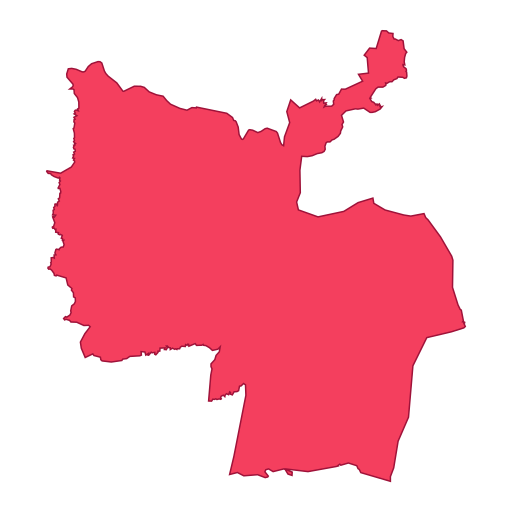 the district of Eduardo Neri, Guerrero, Mexico
{"feature_id": "50627088B91024651909161", "entity_name": "Eduardo Neri", "entity_type": "district", "adm_level": 2, "iso_a3": "MEX", "parent_name": "Mexico", "parent_adm1": "Guerrero", "projection": "albers", "projection_center": [-99.66, 17.814], "detail": "fine", "context": "isolated", "style": "filled", "palette": "rose", "viewbox_px": 512, "rotation_deg": 0, "n_neighbors": 0, "source": "geoboundaries", "source_scale": "gbopen_adm2", "svg_char_len": 5850}
<svg xmlns="http://www.w3.org/2000/svg" viewBox="0 0 512 512"><path d="M69.8,89.0L72.9,89.0L74.0,89.7L74.3,93.5L77.5,97.6L78.8,102.0L78.9,108.1L77.6,109.0L78.3,110.8L76.1,110.0L75.1,110.4L74.4,111.5L75.3,113.1L74.1,113.9L76.9,115.7L73.9,117.3L75.1,119.2L74.1,119.6L73.9,121.9L74.8,123.0L74.0,128.0L73.2,128.6L74.4,133.0L74.5,137.7L73.8,138.4L74.5,140.3L73.6,141.7L75.3,143.4L74.6,143.5L75.0,144.9L73.7,145.2L74.1,145.9L73.4,147.3L73.9,148.9L75.0,149.2L75.3,151.3L73.7,152.1L74.5,154.0L73.0,154.9L73.7,155.8L72.7,158.0L74.5,158.4L73.5,160.1L74.5,160.8L74.7,162.1L71.4,167.0L60.6,173.2L47.0,170.8L46.7,171.5L48.2,173.4L50.7,173.6L51.4,174.8L54.1,176.5L58.3,178.1L59.5,177.3L59.9,177.8L59.6,180.3L60.4,181.0L59.1,182.6L59.9,184.5L58.1,188.0L58.3,188.5L59.9,188.4L60.8,191.6L60.6,193.1L59.9,193.3L59.6,197.9L58.3,198.8L59.3,201.0L57.6,202.2L57.5,205.1L57.2,205.6L56.0,203.9L54.9,204.2L54.9,206.4L53.7,207.5L54.3,209.5L53.1,210.3L53.3,213.2L52.6,214.8L55.7,215.2L54.3,217.2L53.0,216.4L52.6,216.8L54.8,222.7L53.6,226.4L52.4,227.0L52.4,227.6L52.8,228.3L54.2,228.1L55.0,229.5L55.9,229.3L55.7,232.2L58.5,232.6L58.1,233.8L58.6,234.3L59.9,234.8L60.4,234.4L62.3,235.4L61.3,238.2L62.5,238.6L62.4,240.3L63.7,240.3L63.0,241.3L64.1,244.7L63.2,247.0L61.1,247.2L59.3,248.8L59.1,249.7L56.6,249.1L55.9,249.5L54.9,253.0L55.9,254.8L54.1,255.0L54.3,258.1L53.2,257.5L51.2,257.8L51.3,261.8L50.7,262.7L51.2,264.0L50.0,266.8L48.2,267.1L47.9,268.1L48.7,269.2L50.2,269.0L51.7,270.2L54.0,273.4L54.4,275.4L56.1,275.9L56.7,275.1L66.1,277.9L67.8,285.0L71.9,288.5L71.4,290.1L73.4,292.7L73.6,296.9L75.3,297.9L75.4,301.5L74.3,303.8L71.7,305.9L70.7,310.9L71.1,312.5L70.0,315.0L66.8,317.1L65.5,316.6L63.6,318.5L64.6,319.9L66.1,319.3L69.6,320.4L70.9,322.0L76.7,322.2L83.9,325.5L88.6,325.3L90.2,326.7L84.9,333.6L80.4,342.1L81.3,348.2L85.2,357.5L92.8,353.9L93.9,355.5L100.4,357.2L100.8,359.7L102.1,360.9L111.3,362.0L121.8,360.5L122.8,359.1L126.7,358.6L129.8,356.4L139.8,355.8L141.4,355.1L141.1,351.6L144.9,352.0L145.8,355.1L148.4,353.4L148.0,355.1L148.7,355.2L151.2,352.2L152.1,352.8L154.8,352.4L154.7,354.2L155.8,354.8L158.0,352.4L158.0,351.2L159.8,351.1L160.0,348.1L165.0,347.9L164.4,349.5L166.3,349.7L167.5,347.5L166.4,346.1L167.4,346.0L168.8,347.6L170.3,347.8L170.3,349.5L172.5,348.2L174.7,349.3L175.4,348.8L176.9,349.5L177.2,348.7L179.6,348.8L180.3,347.2L181.8,346.2L185.3,346.5L185.6,344.6L187.1,345.3L187.7,344.2L188.6,344.3L188.9,346.2L195.2,343.6L196.5,345.4L201.9,345.2L203.1,344.4L203.6,345.3L205.9,345.6L209.5,347.7L212.4,350.4L217.9,349.2L220.2,346.8L219.3,351.8L216.1,355.4L214.8,359.7L211.0,363.9L211.0,366.6L212.0,368.9L210.8,375.0L208.6,401.0L211.6,401.1L212.8,399.2L214.6,399.4L215.8,398.8L216.9,399.5L219.1,398.9L220.7,399.3L221.3,398.8L220.6,397.7L221.2,396.2L223.3,395.2L224.8,396.6L225.1,395.1L226.5,393.7L228.6,394.7L229.7,391.9L230.5,392.5L230.3,394.1L232.3,394.9L234.1,391.8L237.0,391.6L238.6,390.7L239.5,386.2L241.1,385.9L243.6,383.5L245.5,384.8L245.9,395.3L233.9,456.4L229.6,474.5L237.4,472.5L243.8,475.8L257.6,474.7L265.2,477.6L267.7,477.0L268.3,476.1L264.9,471.8L265.8,469.7L268.6,468.9L273.1,471.6L283.9,468.9L285.2,469.5L288.0,474.1L292.0,475.4L292.2,472.1L284.5,468.8L308.0,471.6L336.2,466.5L338.4,465.9L338.1,465.4L339.8,464.2L340.8,465.2L348.4,463.0L356.8,465.7L358.0,468.6L359.3,469.5L360.8,472.6L390.4,481.3L390.4,476.6L393.7,467.9L398.1,441.2L408.5,417.2L412.9,365.8L426.8,337.6L451.4,331.8L463.8,327.9L465.3,326.5L463.9,323.3L464.7,322.8L464.6,322.2L462.7,321.8L463.4,321.0L461.3,310.1L460.2,309.4L458.0,304.9L452.5,287.4L452.9,260.2L451.7,256.2L440.5,236.9L428.0,219.8L425.7,217.6L424.0,213.6L410.8,216.1L403.8,215.0L385.1,210.0L373.8,203.3L372.9,198.1L358.1,202.6L343.8,211.4L318.0,216.9L298.4,209.9L296.6,202.0L300.3,192.7L299.9,170.2L301.7,156.3L307.4,156.6L312.2,155.7L317.2,153.6L321.9,152.7L324.1,151.4L325.2,149.3L324.9,146.3L326.1,142.8L327.3,141.9L330.0,141.9L332.2,139.8L334.0,139.3L338.1,136.4L340.4,133.3L340.7,131.0L342.7,126.9L342.0,124.5L343.5,122.0L341.5,115.3L346.0,110.9L355.4,108.8L357.9,109.1L363.7,108.1L370.1,112.4L372.1,112.4L375.3,111.7L380.2,109.0L382.1,106.6L380.4,107.1L379.9,106.1L380.3,105.3L379.3,104.8L379.3,104.1L377.8,105.2L377.6,104.2L376.1,104.9L376.1,104.1L375.3,104.1L373.7,102.3L371.8,101.6L369.9,98.6L371.0,98.1L370.2,97.5L375.8,88.8L378.1,87.1L382.9,87.1L385.6,85.5L386.0,84.8L385.6,83.0L387.0,83.3L389.7,81.7L392.0,81.7L393.8,79.8L396.9,78.6L398.0,77.0L402.8,77.3L404.4,78.3L406.4,77.8L406.9,76.1L406.6,72.0L406.0,71.5L406.5,70.2L406.0,68.6L403.7,66.9L402.9,65.0L403.0,64.5L404.8,64.9L404.2,61.8L404.6,57.4L405.7,53.5L406.8,52.2L404.1,48.7L403.1,40.9L401.1,39.6L398.3,40.6L395.3,39.0L394.2,39.1L392.8,36.5L393.0,33.5L388.8,33.0L386.5,30.9L382.2,30.7L381.5,31.2L376.2,48.5L369.6,48.1L364.2,55.2L367.2,57.6L368.5,73.1L358.5,74.3L362.6,81.2L345.3,89.2L341.5,89.1L338.7,94.2L336.6,94.6L334.2,98.5L334.2,99.8L333.3,101.0L333.7,104.3L331.6,106.2L325.4,106.2L324.2,106.9L324.8,105.4L326.3,104.4L325.5,103.7L326.1,102.9L323.7,103.1L323.6,100.6L324.5,99.6L322.5,99.7L321.8,100.3L321.7,98.4L319.6,101.9L318.5,100.0L316.5,100.8L315.7,99.3L313.4,101.1L299.6,107.9L290.7,99.9L286.8,111.6L289.7,122.6L284.5,136.8L283.6,145.7L281.8,144.7L280.5,142.5L277.5,133.1L276.2,131.5L267.2,128.2L265.1,128.7L261.1,131.4L257.8,132.6L252.7,130.2L249.7,129.7L248.6,130.1L243.5,138.7L242.7,139.4L241.5,139.1L239.1,134.6L238.2,127.1L236.1,121.7L235.3,120.8L233.7,120.4L232.5,117.5L226.8,113.3L196.5,107.1L196.3,107.9L191.9,107.6L187.0,110.2L179.9,108.4L170.5,104.2L166.7,100.6L163.1,96.2L156.4,94.8L149.2,91.9L144.3,87.4L140.7,86.3L134.3,86.2L123.8,91.3L122.9,91.2L116.8,82.9L108.1,76.1L105.8,73.5L104.4,71.0L101.8,63.0L100.0,61.7L98.0,61.6L91.6,63.7L88.3,66.5L85.2,71.2L83.8,71.9L82.3,71.9L76.2,69.3L71.7,68.4L68.3,68.8L66.7,74.0L67.0,77.2L73.0,84.2L73.2,85.5L72.6,86.8L69.8,89.0Z" fill="#f43f5e" stroke="#9f1239" stroke-width="1.5"/></svg>